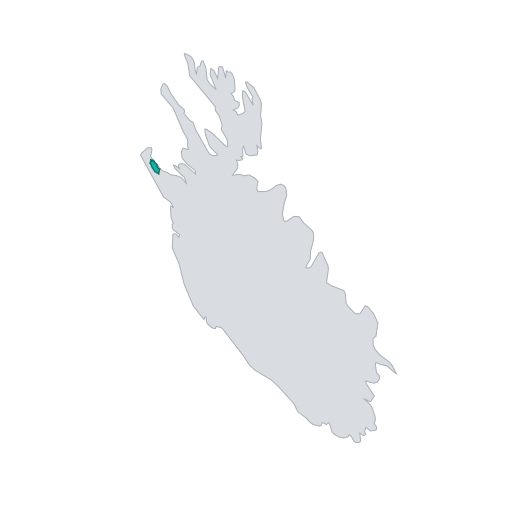 Sveitarfélagið Vogar, Suðurnes, Iceland shown in context, rotated 63°
{"feature_id": "244011B53257850023541", "entity_name": "Sveitarfélagið Vogar", "entity_type": "district", "adm_level": 2, "iso_a3": "ISL", "parent_name": "Iceland", "parent_adm1": "Suðurnes", "projection": "natural_earth1", "projection_center": [-22.291, 63.982], "detail": "fine", "context": "in_parent", "style": "filled", "palette": "teal", "viewbox_px": 512, "rotation_deg": 63, "n_neighbors": 0, "source": "geoboundaries", "source_scale": "gbopen_adm2", "svg_char_len": 5117}
<svg xmlns="http://www.w3.org/2000/svg" viewBox="0 0 512 512"><g transform="rotate(63 256 256)"><path d="M388.9,192.1L393.3,192.3L400.5,190.5L410.7,185.5L415.1,184.4L425.1,184.4L413.2,189.3L408.9,194.6L405.6,197.2L405.7,198.4L414.5,201.6L418.5,200.5L420.4,201.0L422.1,202.5L423.4,205.5L422.8,208.7L420.4,211.8L417.2,214.5L417.7,215.3L420.4,215.7L434.6,214.1L436.3,218.0L437.7,219.3L437.4,220.6L431.9,224.8L438.4,222.2L443.7,221.4L452.7,222.7L456.5,224.2L458.8,226.9L463.2,226.1L465.3,227.6L465.5,229.2L463.7,233.6L458.5,235.9L461.9,239.1L464.6,239.1L465.1,239.9L464.9,241.8L460.9,244.0L467.9,246.5L468.8,247.4L468.5,250.3L467.4,251.9L465.5,252.9L460.6,253.0L457.6,254.1L458.7,255.9L458.0,260.7L454.4,264.7L450.9,266.8L447.4,268.1L437.5,266.6L438.1,270.0L434.7,272.1L435.4,273.9L436.7,274.8L436.2,277.1L431.9,281.7L428.8,283.3L422.6,285.1L413.7,289.4L404.5,289.3L382.1,295.4L373.3,298.7L357.6,308.6L350.9,311.2L339.4,312.5L304.8,319.0L301.0,322.9L300.8,323.7L302.4,325.2L299.9,328.0L294.6,330.0L292.2,330.0L287.8,328.3L287.3,329.1L289.0,331.2L272.1,334.6L248.4,332.8L227.5,328.0L210.9,327.0L199.1,320.3L198.8,319.2L200.0,317.2L204.2,316.3L202.2,314.3L195.2,317.8L192.9,317.7L189.8,316.3L189.7,314.9L183.8,314.4L173.6,310.1L172.9,309.1L175.3,307.7L174.8,307.4L169.3,307.7L161.4,311.6L113.9,313.1L112.3,311.1L110.4,303.4L112.0,300.1L114.0,300.4L119.5,304.8L132.2,302.4L137.4,300.8L142.1,296.6L144.9,295.2L148.7,289.9L152.6,286.7L160.6,285.1L153.4,284.2L141.5,288.4L137.5,288.4L139.3,286.6L143.4,284.5L140.6,284.3L139.5,283.4L139.4,281.4L141.5,278.2L155.6,272.6L152.3,271.5L142.5,275.8L135.4,277.3L129.6,275.4L126.8,272.7L127.0,271.6L130.4,268.2L129.8,267.5L127.5,267.2L121.3,264.1L111.4,264.4L86.9,262.6L68.4,266.9L63.9,264.9L60.3,260.6L61.1,259.0L64.3,258.0L73.4,258.1L86.7,256.1L92.7,253.6L95.1,254.2L96.2,255.5L104.4,253.6L108.7,251.4L116.1,252.4L143.7,251.3L147.3,248.4L148.7,245.0L148.1,244.3L137.9,247.4L135.6,247.4L123.9,245.7L119.6,243.8L121.0,242.3L127.3,239.0L143.1,233.6L145.3,232.5L145.5,231.2L139.2,228.9L127.4,229.5L124.3,226.8L114.4,225.2L107.9,226.2L104.4,224.5L65.5,233.2L53.0,229.2L44.0,228.5L43.2,227.3L48.5,223.5L52.1,222.8L55.7,223.1L62.5,225.8L67.3,226.6L61.4,222.7L61.1,219.0L59.3,218.0L57.5,215.5L58.3,214.7L65.4,215.2L76.7,219.5L82.3,218.8L89.6,216.0L73.3,214.5L68.4,211.0L71.9,209.3L80.3,209.5L71.0,203.6L70.6,202.6L72.2,200.0L83.9,202.3L77.8,198.8L77.6,198.1L79.4,197.4L80.3,195.3L83.2,194.4L89.1,195.2L98.3,199.2L99.6,200.3L100.0,204.4L103.6,203.8L107.8,204.3L111.4,201.5L113.9,202.2L115.8,204.7L115.6,210.1L118.1,208.2L122.3,208.1L123.0,203.6L122.2,200.0L108.2,195.9L102.8,192.9L103.4,191.8L106.1,190.9L120.7,190.2L114.4,188.4L112.9,186.6L101.9,187.3L96.3,186.6L96.2,185.6L98.4,184.3L105.1,181.5L117.8,181.2L122.9,182.0L132.8,188.1L140.7,190.6L153.9,199.0L162.4,202.2L162.8,203.0L161.4,204.0L158.1,205.1L163.1,206.6L166.2,208.7L166.4,209.7L163.7,216.4L160.5,218.6L152.7,217.3L154.6,219.5L160.2,221.8L161.5,223.1L160.6,224.3L163.3,223.9L164.1,224.6L162.9,228.5L161.6,229.9L166.2,230.6L169.4,232.6L173.4,240.3L175.5,234.3L176.5,232.2L178.5,231.4L180.7,225.3L185.9,221.7L190.7,220.4L195.9,224.6L199.5,225.0L203.2,217.6L203.6,212.1L202.4,206.1L203.0,201.8L205.5,199.3L208.8,198.5L215.8,201.0L221.8,207.0L230.7,213.5L236.8,215.1L237.9,214.9L238.9,212.8L237.9,204.2L240.7,199.7L247.9,198.6L258.8,194.4L261.3,194.3L266.8,196.7L276.7,205.3L283.7,209.3L287.5,215.6L289.2,216.8L290.6,214.8L290.7,212.0L282.0,198.8L281.8,197.1L282.6,195.6L297.7,196.3L301.1,197.8L311.8,205.3L316.8,202.2L326.7,193.4L330.3,193.6L339.1,197.2L342.5,196.9L352.6,193.7L354.6,189.6L349.9,181.2L351.7,179.5L361.0,177.4L371.2,177.8L382.0,185.6L382.6,189.2L388.9,192.1Z" fill="#d9dde1" stroke="#a8b0b8" stroke-width="1"/><path d="M134.7,302.3L134.6,302.5L134.4,302.7L134.4,302.8L134.2,302.9L133.9,302.9L133.8,303.0L133.7,303.2L133.5,303.3L133.4,303.3L133.2,303.4L132.9,303.4L132.7,303.4L132.6,303.5L132.4,303.5L132.5,303.6L132.4,303.7L132.2,303.7L131.9,303.6L131.7,303.6L131.4,303.5L131.2,303.5L131.2,303.4L131.1,303.2L130.9,303.2L130.7,303.1L130.4,303.1L130.2,303.0L130.3,303.0L130.2,302.9L129.9,302.9L129.6,302.9L129.4,302.8L129.2,302.8L128.9,303.0L128.7,303.1L128.4,303.2L128.4,303.3L128.2,303.3L127.9,303.5L127.7,303.5L127.4,303.7L127.2,303.7L127.2,303.8L126.9,303.9L126.9,304.0L126.7,304.0L126.6,303.9L126.4,303.9L126.3,304.0L126.2,304.0L126.2,303.9L125.9,303.8L125.8,303.7L125.7,303.7L125.8,303.7L125.7,303.7L125.7,303.8L125.8,303.8L125.7,303.8L125.4,303.9L125.2,303.9L125.2,304.0L124.9,304.1L124.9,304.3L124.7,304.4L124.5,304.5L124.4,304.5L124.5,304.6L124.4,304.7L124.5,304.7L124.4,304.8L124.4,305.0L124.2,305.1L123.9,305.2L123.8,305.3L123.8,305.2L123.9,305.3L123.9,305.2L124.1,305.2L124.0,305.3L124.2,305.2L124.2,305.3L124.3,305.3L124.4,305.5L124.2,305.6L123.9,305.7L124.0,305.7L124.1,305.8L123.9,305.9L123.7,305.8L123.4,305.8L123.2,305.7L122.9,305.7L122.7,305.7L122.6,305.8L122.3,305.8L122.2,305.8L121.9,305.8L123.9,306.8L125.1,308.3L127.2,307.9L129.0,308.3L135.0,307.8L135.5,307.2L138.7,305.5L134.7,302.3ZM131.2,303.3L131.2,303.2L131.1,303.3L131.2,303.3Z" fill="#14b8a6" stroke="#0f766e" stroke-width="1.5"/></g></svg>